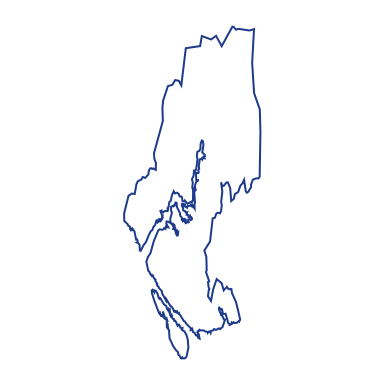 Vevelstad nor, Nordland, Norway, rotated 272°
{"feature_id": "86288312B90944773523196", "entity_name": "Vevelstad nor", "entity_type": "district", "adm_level": 2, "iso_a3": "NOR", "parent_name": "Norway", "parent_adm1": "Nordland", "projection": "equal_earth", "projection_center": [12.558, 65.653], "detail": "fine", "context": "isolated", "style": "outline", "palette": "blue", "viewbox_px": 384, "rotation_deg": 272, "n_neighbors": 0, "source": "geoboundaries", "source_scale": "gbopen_adm2", "svg_char_len": 5982}
<svg xmlns="http://www.w3.org/2000/svg" viewBox="0 0 384 384"><g transform="rotate(272 192 192)"><path d="M160.7,125.3L157.6,128.8L156.1,129.4L155.4,131.1L153.1,131.4L153.2,132.0L151.5,132.4L151.9,133.4L153.3,133.8L150.5,135.9L142.6,137.8L142.8,138.7L141.7,139.3L140.3,139.4L139.6,138.5L139.1,140.0L137.7,141.3L130.9,142.0L132.9,142.3L131.8,142.9L137.1,145.4L140.5,147.8L147.7,150.4L151.6,152.3L152.5,153.7L155.4,154.5L157.8,156.3L162.4,157.5L162.2,158.2L160.4,158.7L161.3,159.8L162.6,159.6L162.2,160.4L163.7,160.2L163.8,161.1L163.0,161.1L163.1,162.4L163.6,162.5L163.1,162.5L164.6,163.5L165.7,163.5L165.1,163.1L165.9,162.9L168.5,163.3L168.0,163.0L168.4,162.6L171.9,161.1L172.3,162.1L171.7,162.0L170.6,164.0L171.7,165.0L172.2,166.3L172.0,168.1L172.6,168.5L174.5,168.2L174.3,168.7L181.5,169.8L182.2,171.0L188.3,172.1L192.1,173.7L190.0,174.8L190.8,176.9L189.7,178.7L187.1,179.8L187.2,181.3L186.6,182.1L182.7,182.8L182.3,185.0L183.1,185.2L180.1,187.9L182.5,191.9L182.1,192.5L183.6,193.3L191.7,193.1L195.9,192.8L196.1,192.1L201.4,192.5L204.7,191.5L208.2,193.0L213.6,193.3L213.8,194.8L215.4,195.4L225.0,196.4L227.6,195.6L232.4,196.0L233.5,198.1L235.8,198.9L240.3,198.9L243.8,200.0L243.3,201.1L239.4,201.8L231.8,200.9L229.7,203.5L228.1,203.6L227.7,202.3L226.1,203.3L226.2,201.4L225.1,201.1L225.8,200.7L224.7,200.1L225.3,200.1L225.2,199.1L224.3,198.6L218.1,197.9L215.4,198.4L214.2,197.5L211.7,198.0L211.0,197.5L211.1,196.3L211.8,196.0L211.3,196.0L211.5,195.2L203.7,195.9L204.1,197.6L203.6,197.7L202.3,195.9L200.0,195.1L197.2,194.7L195.0,195.4L195.2,194.9L193.5,195.0L192.1,194.2L181.3,195.4L180.1,194.9L175.6,195.2L177.0,194.3L178.2,194.4L178.5,193.0L179.3,192.6L177.6,192.4L178.9,191.1L178.1,191.0L177.8,188.0L176.1,187.7L177.1,185.8L178.2,185.1L179.4,185.5L180.0,182.7L179.6,182.3L177.5,183.5L177.4,182.6L175.5,183.7L173.5,183.7L172.4,186.2L171.5,186.3L171.3,187.4L170.8,187.4L171.1,187.8L169.1,187.3L168.7,189.1L167.0,189.4L168.3,190.8L166.8,191.1L167.0,192.0L165.5,193.0L164.6,192.8L163.9,191.9L164.9,190.6L163.8,189.1L161.9,189.9L161.6,189.5L162.3,188.9L161.6,188.2L162.0,186.5L159.8,187.3L162.2,185.8L163.7,187.0L164.9,185.7L164.9,184.6L163.0,185.1L162.4,184.0L163.7,183.7L163.7,182.8L166.2,182.6L168.0,181.0L170.5,180.7L176.4,177.5L180.8,176.9L180.9,175.9L177.6,175.0L177.2,174.2L177.9,174.1L176.5,171.6L172.3,171.8L170.7,172.7L164.9,171.3L162.1,171.3L160.2,172.0L159.4,173.3L159.7,174.0L158.0,175.8L155.0,176.0L155.0,176.6L153.4,177.0L153.2,178.4L151.0,179.0L151.4,179.6L148.2,179.3L147.9,178.7L149.4,177.6L154.0,176.3L154.3,174.5L156.3,175.0L159.2,173.1L161.5,169.3L161.3,168.0L162.4,167.5L159.3,167.5L155.8,169.6L156.0,168.5L157.3,167.4L154.8,166.9L155.4,166.5L154.9,165.3L153.8,165.1L153.2,163.8L153.6,161.0L152.2,159.5L141.4,155.5L129.4,152.6L125.7,150.3L120.7,148.8L111.6,151.1L111.1,152.0L107.8,153.6L107.9,154.5L106.5,155.1L107.1,155.8L104.3,157.1L103.0,158.7L101.8,158.5L99.0,160.5L97.7,160.5L98.8,159.9L97.5,160.4L96.1,161.6L96.8,161.7L95.1,162.2L91.8,165.3L89.6,165.7L82.5,169.9L84.1,170.0L77.3,174.4L77.0,175.3L74.9,176.9L71.9,178.3L71.0,180.8L72.5,179.9L72.3,181.3L70.6,182.0L70.1,182.5L70.4,183.1L69.6,183.0L69.1,184.2L62.8,188.3L62.3,189.5L60.2,190.8L55.8,195.6L53.9,195.5L54.2,196.1L55.6,196.2L55.7,196.9L52.1,197.9L51.4,199.5L49.0,200.8L49.0,201.9L46.2,203.5L45.7,204.7L49.9,203.8L51.7,202.3L53.0,202.5L52.9,203.4L54.5,204.3L54.0,204.9L54.1,208.7L53.1,209.9L52.6,212.9L52.1,212.9L53.1,213.7L53.2,214.7L51.8,215.5L53.8,215.8L54.5,218.1L55.8,218.8L55.0,220.8L56.7,223.8L55.9,224.8L58.1,227.2L65.6,229.5L65.8,228.3L70.5,226.0L70.3,225.2L72.5,224.9L72.8,224.1L76.2,222.9L78.5,223.4L77.1,223.2L75.7,224.0L76.1,225.2L75.6,225.2L75.6,226.1L71.8,227.1L71.2,227.9L71.5,229.8L62.0,232.9L61.5,234.2L60.4,234.3L61.4,236.1L62.9,236.3L62.2,237.1L63.3,238.1L62.5,239.0L62.9,241.4L64.9,243.5L64.4,243.8L66.1,244.6L72.3,243.0L83.6,239.8L92.4,235.5L96.5,234.7L96.1,233.0L96.6,231.5L98.4,230.1L94.8,227.1L101.9,224.9L105.8,219.7L95.6,216.6L83.8,214.8L88.4,211.6L94.8,212.2L95.6,212.8L97.1,212.0L102.6,211.1L103.4,212.3L112.4,208.8L114.6,209.4L127.6,208.6L134.0,206.4L143.2,211.8L166.4,213.6L167.0,215.7L171.5,217.2L172.2,218.7L171.6,220.7L173.9,221.7L179.6,222.2L183.3,221.5L193.5,222.3L202.7,220.7L198.9,222.1L199.2,223.4L202.7,226.1L202.9,227.5L197.3,230.0L184.3,231.5L186.6,234.0L191.5,235.0L193.5,238.1L200.0,240.1L202.3,242.1L206.0,243.6L194.3,245.8L193.2,247.0L194.3,248.3L198.7,250.8L201.5,250.8L206.4,252.3L207.9,255.8L207.9,258.0L209.7,259.1L254.3,258.3L276.8,256.9L293.0,250.6L323.4,247.6L356.9,248.3L355.4,243.6L356.7,232.7L355.8,230.3L358.3,228.0L358.7,226.6L338.8,216.6L348.9,210.6L345.1,205.8L348.2,196.4L338.1,195.0L335.5,180.8L298.2,177.6L302.6,175.0L303.3,171.3L298.5,168.7L296.9,164.2L282.5,160.0L275.0,159.5L262.1,160.4L229.0,152.6L223.6,153.3L219.6,155.0L212.8,155.0L214.2,152.4L213.7,151.5L214.4,150.1L213.8,149.1L211.6,148.1L208.0,147.8L204.4,144.7L205.3,142.3L202.6,140.9L200.9,137.5L197.9,136.2L188.0,134.8L188.4,131.9L186.0,128.7L168.2,124.9L160.7,125.3ZM92.2,155.2L89.5,155.5L81.8,158.2L69.6,163.4L68.8,164.1L69.7,164.4L67.1,165.4L67.3,166.3L66.3,166.6L67.1,166.5L65.9,167.8L71.6,167.1L64.2,169.7L64.1,170.2L65.4,170.4L64.3,170.7L64.8,171.0L61.9,172.1L61.1,171.3L55.9,171.6L55.4,172.0L59.9,172.1L54.9,172.9L52.9,173.9L45.2,174.6L37.6,178.4L33.1,181.7L31.6,183.5L28.7,184.2L28.4,185.1L25.6,186.6L25.3,187.2L26.4,188.1L25.4,188.9L25.4,190.2L26.3,191.7L27.8,192.4L36.2,193.8L44.1,193.0L49.1,191.4L52.5,189.2L53.7,187.0L55.6,187.2L55.2,186.4L56.4,186.3L55.8,186.2L56.1,185.0L57.5,184.8L58.0,183.7L59.8,183.6L58.4,183.3L58.7,182.6L58.0,182.2L62.0,180.3L62.8,179.7L62.6,178.7L64.6,178.3L64.7,177.2L65.9,176.2L66.8,176.3L66.4,175.6L68.5,174.4L68.9,174.5L68.3,175.8L69.2,175.6L69.4,174.6L71.3,173.3L71.8,173.4L71.5,174.1L74.1,173.8L72.9,172.5L74.1,172.2L73.5,171.8L73.8,171.4L77.2,170.2L78.7,167.9L84.7,164.1L85.1,163.3L84.3,163.0L85.0,162.4L89.4,161.0L92.1,159.2L92.4,157.7L90.7,157.7L93.0,156.1L92.2,155.2Z" fill="none" stroke="#1e3a8a" stroke-width="2"/></g></svg>